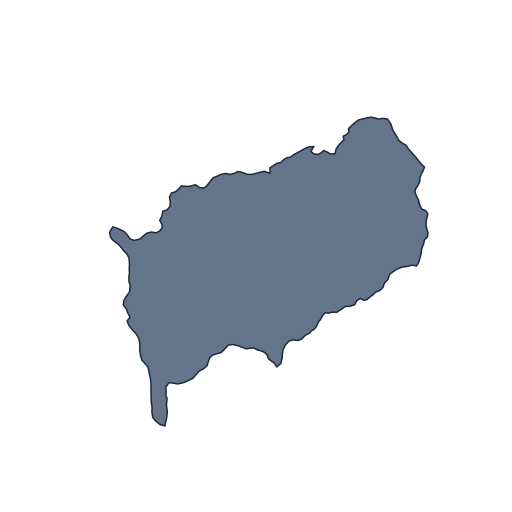 Biquinhas, Minas Gerais, Brazil (Mercator projection), rotated 132°
{"feature_id": "56859067B36439277401093", "entity_name": "Biquinhas", "entity_type": "district", "adm_level": 2, "iso_a3": "BRA", "parent_name": "Brazil", "parent_adm1": "Minas Gerais", "projection": "mercator", "projection_center": [-45.527, -18.765], "detail": "fine", "context": "isolated", "style": "filled", "palette": "slate", "viewbox_px": 512, "rotation_deg": 132, "n_neighbors": 0, "source": "geoboundaries", "source_scale": "gbopen_adm2", "svg_char_len": 3226}
<svg xmlns="http://www.w3.org/2000/svg" viewBox="0 0 512 512"><g transform="rotate(132 256 256)"><path d="M330.1,381.9L336.3,380.7L339.2,377.0L340.0,373.7L339.8,369.7L339.4,365.9L339.9,361.5L340.8,356.7L340.8,353.4L342.4,349.2L345.0,346.3L347.7,343.8L350.4,341.6L353.3,338.7L356.2,336.8L359.7,333.7L362.1,329.8L367.2,326.0L372.9,325.3L377.5,324.4L381.1,321.9L382.2,316.8L384.2,313.0L385.9,308.6L390.4,308.4L392.6,304.3L393.7,298.1L394.1,293.0L395.7,287.9L398.8,283.8L401.4,281.4L404.0,279.2L406.8,275.8L409.8,271.1L410.2,266.2L410.8,262.2L412.7,259.3L414.8,256.7L417.2,253.1L420.6,249.1L424.4,245.7L428.7,241.7L431.9,238.6L435.0,235.7L437.8,232.1L441.5,229.1L445.0,224.8L445.8,220.3L445.5,214.6L443.2,210.0L439.8,212.0L436.5,213.8L431.8,217.0L429.0,220.0L427.0,222.5L424.2,224.7L421.4,226.7L419.9,229.8L417.2,231.6L413.9,235.2L408.4,235.9L405.8,232.3L403.6,228.7L400.5,226.4L397.5,224.5L393.3,222.8L389.5,221.1L385.0,221.1L379.5,221.2L374.7,219.4L370.0,219.1L365.5,221.2L362.2,222.3L358.5,221.8L354.7,219.6L351.1,217.3L347.1,217.0L340.8,217.0L337.2,213.9L334.6,209.1L333.1,205.0L331.4,200.9L328.6,198.9L326.0,196.2L324.8,192.1L323.1,188.7L321.9,184.9L322.2,181.3L324.1,177.8L323.8,174.5L323.4,170.7L324.4,166.3L319.3,165.6L314.2,168.3L310.8,171.1L307.5,173.2L302.7,174.6L297.2,174.6L293.6,172.4L290.7,168.2L286.5,166.3L282.3,166.4L278.0,164.7L274.6,164.7L271.3,163.7L267.7,164.0L263.5,165.4L259.9,165.6L256.0,166.5L252.0,166.7L249.8,163.7L246.7,161.8L243.9,158.4L238.5,156.9L233.6,155.8L230.8,152.7L226.1,150.0L221.9,151.2L217.6,150.0L216.8,146.0L213.8,144.3L209.9,143.8L206.2,143.0L202.7,142.9L199.0,140.9L194.4,140.6L190.3,142.4L185.1,142.3L180.0,144.5L171.7,142.6L167.6,140.6L165.0,138.8L162.3,136.4L158.7,134.2L156.0,130.1L151.8,130.8L147.4,133.0L143.6,135.0L139.7,137.7L134.5,139.7L131.4,141.5L127.1,141.4L123.6,143.7L121.3,147.7L119.1,150.5L115.5,153.3L109.8,156.4L108.7,160.4L110.3,164.2L108.2,169.0L105.8,172.5L104.3,176.4L102.1,180.7L99.3,182.3L95.4,182.8L91.1,184.1L88.2,186.5L84.9,187.9L81.2,188.7L77.1,190.3L77.1,194.5L76.3,199.7L75.5,204.5L75.1,208.7L74.5,214.0L73.3,218.7L74.3,223.2L74.5,227.4L72.9,231.6L71.1,238.2L67.6,244.2L66.2,250.0L68.8,253.8L72.0,256.2L73.5,259.5L75.9,263.4L80.0,266.6L83.4,268.9L86.4,270.9L89.9,271.6L94.9,272.2L99.3,272.5L101.9,269.8L105.2,270.0L108.7,271.4L110.8,268.4L114.8,268.7L119.0,268.7L123.0,268.0L127.0,265.8L130.2,268.7L131.1,272.5L132.3,276.3L135.9,276.7L138.8,277.8L141.4,281.0L141.5,285.2L136.1,286.3L139.1,289.4L142.5,291.3L145.6,292.3L150.3,293.9L155.1,295.7L159.4,296.5L162.7,299.0L166.0,299.9L170.0,300.1L173.2,302.6L176.4,303.4L181.1,304.6L185.1,301.0L187.6,306.6L192.8,310.2L198.2,313.7L200.9,316.8L202.3,320.2L203.8,323.6L205.7,326.2L208.7,327.2L212.4,329.6L215.2,334.0L218.8,336.6L222.7,338.3L226.5,340.2L232.8,339.8L237.0,339.5L240.4,340.2L242.9,343.6L243.5,348.7L248.1,351.6L250.7,354.2L253.8,358.3L258.6,358.3L262.1,358.8L265.8,361.0L270.3,359.6L273.2,355.8L277.0,353.0L281.4,353.0L285.2,355.2L288.7,352.9L294.0,351.3L295.4,347.1L297.7,344.7L302.0,344.3L305.8,345.8L308.0,349.6L311.8,352.3L316.4,353.2L321.2,353.7L326.0,357.0L327.6,361.2L326.6,365.0L326.0,369.9L326.9,373.4L327.9,376.8L330.1,381.9Z" fill="#64748b" stroke="#1e293b" stroke-width="1.5"/></g></svg>